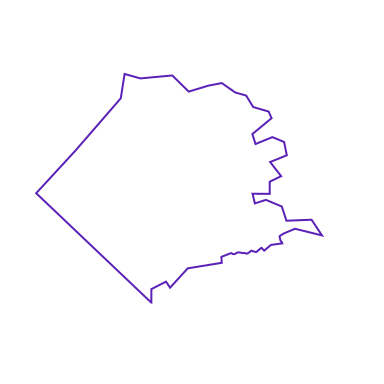 Davie, North Carolina, United States of America (orthographic projection), rotated 310°
{"feature_id": "52423323B1235583382537", "entity_name": "Davie", "entity_type": "district", "adm_level": 2, "iso_a3": "USA", "parent_name": "United States of America", "parent_adm1": "North Carolina", "projection": "orthographic", "projection_center": [-80.521, 35.903], "detail": "fine", "context": "isolated", "style": "outline", "palette": "violet", "viewbox_px": 384, "rotation_deg": 310, "n_neighbors": 0, "source": "geoboundaries", "source_scale": "gbopen_adm2", "svg_char_len": 1076}
<svg xmlns="http://www.w3.org/2000/svg" viewBox="0 0 384 384"><g transform="rotate(310 192 192)"><path d="M218.0,77.2L148.5,76.1L144.5,75.9L90.9,73.4L83.8,188.1L81.4,226.7L81.3,229.7L81.1,231.7L81.2,231.9L91.5,223.3L106.6,229.7L104.6,236.7L130.8,237.8L156.9,260.3L161.2,256.2L170.1,261.1L170.5,261.5L170.8,263.4L171.9,264.6L174.9,265.8L175.4,266.1L177.1,268.6L177.4,269.7L178.9,271.2L179.7,273.1L180.3,273.9L180.9,274.1L182.1,274.4L183.0,274.9L184.0,274.8L184.8,275.0L185.2,275.2L185.4,275.5L185.8,276.8L186.3,277.7L186.8,279.0L187.5,279.9L193.8,281.0L193.9,281.3L193.5,285.0L202.2,286.5L210.7,294.2L211.3,293.1L211.5,291.3L213.1,289.0L214.5,287.5L218.9,288.8L230.0,294.5L242.3,319.5L247.6,301.4L230.7,282.8L238.6,270.1L233.5,253.7L223.7,247.5L229.6,239.5L240.5,252.7L249.9,244.9L261.4,250.1L265.2,232.6L281.1,241.0L289.5,230.4L285.7,218.3L269.6,209.8L275.2,201.0L299.7,205.5L302.9,199.0L296.4,184.3L300.7,171.5L296.0,161.1L294.6,144.8L283.9,136.1L283.1,135.6L266.8,124.9L268.6,102.0L245.8,79.4L239.1,64.5L218.0,77.2Z" fill="none" stroke="#5b21b6" stroke-width="2"/></g></svg>